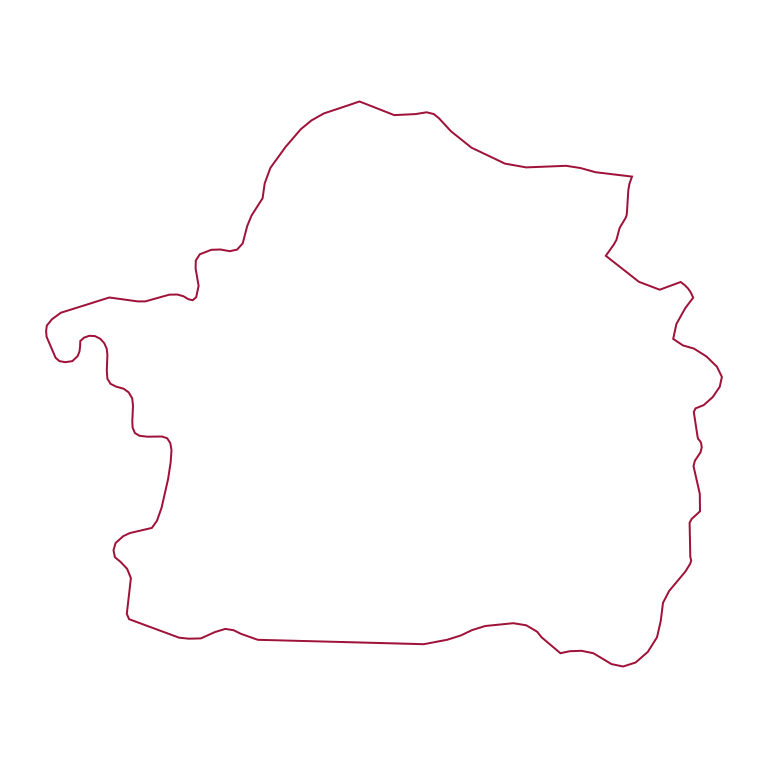 Braila, Natural Earth projection
{"feature_id": "ROU-313", "entity_name": "Braila", "entity_type": "County", "adm_level": 1, "iso_a3": "ROU", "parent_name": "Romania", "parent_adm1": "", "projection": "natural_earth1", "projection_center": [27.608, 45.126], "detail": "fine", "context": "isolated", "style": "outline", "palette": "rose", "viewbox_px": 768, "rotation_deg": 0, "n_neighbors": 0, "source": "natural_earth", "source_scale": "10m", "svg_char_len": 2139}
<svg xmlns="http://www.w3.org/2000/svg" viewBox="0 0 768 768"><path d="M264.7,183.4L270.4,167.9L285.5,147.0L300.9,129.1L311.5,120.4L323.7,113.5L359.5,101.5L394.2,115.1L415.4,114.1L426.5,112.3L433.7,114.0L438.9,118.2L451.1,131.4L471.5,147.7L504.9,163.6L526.2,167.4L566.1,165.8L580.3,168.0L595.4,172.2L632.0,176.6L629.5,183.6L628.3,190.2L626.9,212.9L626.5,215.7L625.4,218.3L620.4,226.6L619.5,228.3L616.4,240.0L613.7,244.7L605.8,255.8L638.9,281.8L659.7,289.7L680.7,282.0L684.8,285.2L688.1,288.5L690.8,292.5L693.2,297.7L685.4,307.9L676.4,324.0L673.2,338.9L682.9,345.4L694.0,348.6L706.5,356.5L716.9,366.7L721.9,376.9L719.7,386.9L712.7,397.1L703.7,405.1L695.5,408.4L693.8,412.0L697.6,437.0L698.2,439.0L699.7,440.6L701.1,442.9L701.7,447.5L700.5,452.4L694.9,460.7L693.5,466.1L699.8,493.9L700.0,511.3L691.6,519.0L689.6,522.8L690.3,556.9L691.2,560.5L690.2,563.7L685.4,571.5L669.1,591.0L663.0,602.8L660.7,621.2L657.0,637.3L647.8,651.9L635.6,662.5L623.1,666.5L611.5,664.1L593.3,653.2L581.5,650.8L569.9,651.2L560.4,653.2L541.8,637.5L537.0,631.6L526.3,625.3L513.3,623.2L485.2,626.0L471.8,630.2L461.0,635.4L447.4,639.7L423.7,644.2L257.8,639.8L240.9,633.8L233.5,630.2L225.3,628.9L214.8,632.1L200.9,638.4L188.8,638.7L179.2,637.7L129.1,619.2L126.8,613.8L130.9,578.1L127.1,568.8L120.7,562.0L114.9,557.2L113.5,550.2L115.6,543.0L123.3,536.1L130.0,533.0L151.9,527.9L157.0,520.7L161.6,507.6L168.1,479.0L170.6,462.7L171.5,450.3L170.3,443.1L167.2,438.3L162.0,436.5L147.3,436.7L139.5,435.8L134.9,433.0L132.6,427.6L132.3,421.1L133.0,405.8L132.2,398.3L128.6,392.3L123.6,388.7L116.3,386.7L110.5,383.8L107.4,378.7L106.8,370.4L107.4,354.9L106.7,348.6L104.2,343.1L100.3,338.8L95.0,336.1L89.3,335.8L84.1,337.6L80.3,341.0L80.1,346.4L79.5,351.3L77.7,356.0L72.4,361.1L65.3,362.2L59.4,361.1L55.6,357.8L46.6,336.8L46.1,331.1L46.8,325.6L51.9,319.3L60.9,312.7L109.3,297.5L137.8,301.4L145.3,301.4L169.2,294.7L177.3,294.5L183.6,296.3L188.3,299.2L192.7,300.2L196.2,297.2L198.6,285.9L195.6,268.4L195.8,260.5L199.8,254.3L211.3,249.8L220.6,249.5L229.7,251.2L237.1,249.6L242.7,243.4L247.2,226.1L251.5,215.6L262.6,198.2L264.7,183.4Z" fill="none" stroke="#9f1239" stroke-width="2"/></svg>